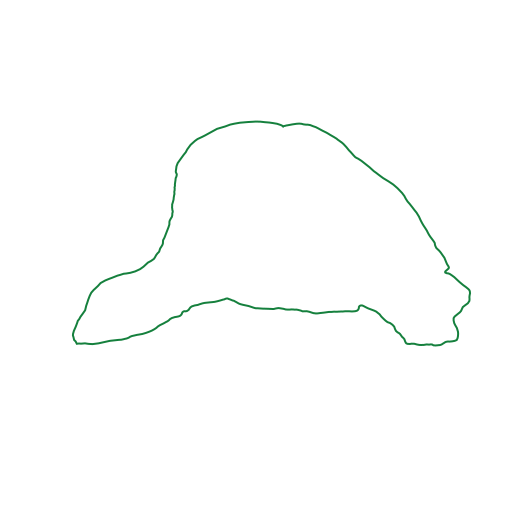 Wiang Kao, Khon Kaen, Thailand, rotated 255°
{"feature_id": "78962969B82148856985692", "entity_name": "Wiang Kao", "entity_type": "district", "adm_level": 2, "iso_a3": "THA", "parent_name": "Thailand", "parent_adm1": "Khon Kaen", "projection": "robinson", "projection_center": [102.254, 16.721], "detail": "fine", "context": "isolated", "style": "outline", "palette": "green", "viewbox_px": 512, "rotation_deg": 255, "n_neighbors": 0, "source": "geoboundaries", "source_scale": "gbopen_adm2", "svg_char_len": 6027}
<svg xmlns="http://www.w3.org/2000/svg" viewBox="0 0 512 512"><g transform="rotate(255 256 256)"><path d="M279.1,413.4L284.9,410.2L288.3,407.9L289.6,407.0L293.7,403.4L298.3,399.0L300.8,397.0L303.5,394.9L305.1,393.7L307.4,391.8L310.2,390.0L312.4,388.6L313.2,388.0L315.9,386.0L320.6,382.5L323.5,379.9L324.9,378.3L325.9,377.4L328.3,376.1L329.6,375.5L330.3,375.1L331.4,374.6L334.1,373.1L337.7,371.5L341.5,369.5L342.7,368.7L344.0,367.8L344.4,367.3L345.3,366.7L345.5,366.5L347.4,364.9L348.5,364.2L349.3,363.4L350.4,362.4L352.5,360.3L354.2,358.6L355.2,357.7L355.8,357.1L356.9,356.0L359.1,353.5L359.6,352.9L361.2,351.2L363.2,349.1L365.0,347.1L366.6,344.7L368.4,342.3L369.5,339.9L370.0,338.1L370.8,336.1L371.9,334.2L372.7,332.0L373.2,329.5L373.7,325.3L374.1,320.0L374.2,319.3L374.2,318.2L374.2,317.3L374.3,316.9L374.3,316.5L374.3,316.2L374.1,315.9L374.0,315.7L375.0,315.1L376.2,313.7L378.3,310.5L380.0,306.8L381.5,303.3L383.0,299.1L384.6,295.0L385.9,290.6L386.5,287.6L387.5,282.8L388.9,275.0L389.4,269.4L389.6,265.1L389.1,259.7L388.9,251.3L387.0,243.5L385.7,238.2L385.0,234.9L384.1,229.8L383.0,226.9L380.3,221.6L376.7,217.1L374.4,215.0L372.6,212.5L369.7,208.9L366.0,204.4L363.2,202.4L360.3,201.2L359.4,200.8L358.4,200.4L357.6,200.3L356.9,200.4L356.4,200.5L356.0,200.6L355.3,200.6L354.3,200.2L353.2,199.6L352.3,198.8L351.5,198.4L350.8,198.1L350.4,198.0L350.2,197.9L348.6,197.2L347.4,196.7L345.9,196.1L344.8,195.9L343.7,195.3L343.1,195.0L342.5,195.0L342.2,194.9L340.5,194.4L339.7,193.9L338.7,193.6L337.8,193.4L337.0,193.3L336.2,192.8L335.1,192.3L333.8,191.7L331.9,191.0L329.6,189.7L327.4,188.3L326.1,188.0L324.7,187.5L323.9,187.4L323.0,187.3L322.0,187.1L321.3,187.2L320.7,187.1L320.2,187.0L319.8,186.8L319.2,186.4L318.5,186.1L317.8,185.9L317.1,185.7L315.6,184.9L314.2,183.4L312.6,181.9L311.4,181.2L308.9,180.5L306.4,178.9L304.5,177.5L300.8,174.8L297.5,172.4L296.3,171.3L295.9,170.9L295.7,170.7L295.2,170.3L294.6,170.1L293.4,169.7L292.2,169.3L291.1,168.6L289.8,167.3L288.8,166.2L288.1,165.4L286.6,164.4L285.6,163.8L284.9,163.1L284.1,161.6L282.7,159.8L280.7,157.9L279.6,156.6L278.4,153.3L277.6,149.9L274.8,144.6L273.3,140.6L272.4,135.3L272.3,130.2L272.7,126.0L273.1,123.6L272.9,119.8L272.9,117.2L272.2,111.2L272.0,108.9L271.8,107.2L271.4,104.1L270.1,98.9L267.9,95.5L265.6,91.2L265.4,90.7L263.2,87.4L260.6,85.1L257.3,82.7L254.2,80.7L252.0,79.2L247.8,76.9L244.7,73.2L242.8,70.8L240.7,68.8L239.5,67.1L237.6,65.9L234.4,63.6L230.8,60.7L228.1,59.1L226.6,58.6L225.0,58.7L222.0,58.6L220.1,59.7L217.6,60.2L217.3,62.3L216.6,64.3L215.9,68.2L214.5,71.4L213.2,75.3L212.4,81.2L211.9,92.4L211.8,93.4L210.5,101.8L210.0,104.2L209.9,106.4L209.9,108.0L209.8,109.4L209.9,110.8L210.1,112.1L210.6,113.6L210.8,115.5L210.7,117.8L210.6,120.8L210.4,122.6L210.3,123.9L210.1,126.0L210.2,129.8L210.5,133.3L210.9,136.1L211.0,136.5L211.6,138.9L212.3,141.0L213.4,143.2L214.1,145.5L214.8,149.2L215.6,152.3L215.8,153.4L215.8,153.5L216.5,155.3L217.3,156.6L217.9,158.9L217.9,160.0L218.0,161.7L217.8,163.7L217.7,165.5L217.8,166.8L218.1,167.7L218.8,168.9L219.7,169.6L220.6,170.3L220.9,170.9L221.2,171.6L221.2,172.6L220.8,173.6L220.7,175.0L221.4,177.0L222.3,178.0L223.3,179.3L223.9,180.8L224.0,182.2L224.1,184.0L223.8,187.2L224.0,189.1L224.1,192.1L224.0,194.2L223.1,199.9L222.8,201.6L222.4,204.3L222.3,207.0L222.3,210.1L222.4,213.0L222.3,214.1L222.5,215.1L222.6,216.2L222.3,217.6L221.4,218.7L220.7,219.8L219.0,222.0L218.7,222.7L218.1,223.5L217.6,223.9L217.1,224.5L215.9,225.7L214.9,226.7L214.2,227.5L213.4,228.7L212.2,230.8L209.6,235.9L208.1,238.2L206.7,240.3L205.8,241.8L205.4,242.8L205.0,244.3L203.3,249.2L202.5,252.0L201.6,254.9L201.0,256.8L200.3,259.0L200.2,259.7L200.2,261.1L200.1,262.5L199.9,264.2L199.3,265.7L197.8,269.0L196.7,270.8L196.0,272.8L195.5,274.7L195.2,276.5L194.7,278.1L194.2,279.4L193.7,281.3L193.1,282.6L191.7,285.1L190.5,286.7L190.0,288.8L189.5,290.8L188.3,293.1L186.7,295.5L185.9,296.8L185.4,298.1L185.0,299.0L184.6,300.8L184.3,303.3L183.8,306.4L183.5,308.7L183.3,310.3L183.1,312.0L182.5,314.1L182.2,315.9L182.0,317.1L181.6,318.3L181.2,319.7L180.9,321.4L180.6,322.7L180.2,324.5L179.9,325.5L179.6,327.5L179.1,329.4L178.5,331.7L177.6,334.3L177.0,337.5L177.0,338.8L177.1,339.7L177.5,340.5L178.0,341.1L178.6,341.6L179.4,342.0L180.1,342.2L180.7,342.8L181.0,343.4L181.0,343.9L181.1,344.6L180.9,345.2L180.7,345.8L180.2,346.5L179.6,347.2L178.2,348.7L177.3,349.7L176.2,351.0L175.0,352.7L173.8,354.4L172.5,356.2L171.1,357.8L169.7,358.8L167.7,360.3L165.0,361.4L162.4,362.9L161.6,363.4L160.0,364.4L158.1,365.9L156.5,368.2L154.3,370.0L152.0,371.2L149.4,371.4L147.4,371.8L145.6,373.0L144.7,374.0L143.5,374.9L141.7,375.6L140.2,376.1L138.9,377.0L137.2,377.8L135.4,377.9L133.5,378.2L132.6,378.7L131.9,379.7L131.2,381.8L131.0,383.7L130.2,386.3L128.9,388.5L127.8,390.8L127.3,392.5L126.7,395.0L126.4,398.0L125.6,400.2L125.4,401.8L125.0,403.1L123.8,404.3L123.1,406.3L122.7,408.7L122.6,409.4L122.4,410.4L122.4,411.6L122.6,412.8L123.0,413.9L123.3,415.0L123.7,416.1L123.9,417.2L123.8,418.8L123.2,421.0L122.8,423.4L122.6,426.0L122.9,428.1L124.4,429.4L126.2,430.3L128.5,431.1L130.5,431.5L134.4,431.4L137.8,430.5L139.8,430.1L142.6,430.2L144.8,430.8L146.1,432.2L148.0,436.4L148.8,438.3L149.9,439.9L151.4,441.1L153.1,442.5L154.1,444.8L155.5,448.4L157.4,450.5L159.1,451.1L161.1,451.5L162.6,452.1L164.6,453.1L166.6,453.4L167.4,453.3L168.1,453.1L169.2,452.5L171.7,450.7L174.0,448.8L175.1,448.0L177.1,446.6L178.4,445.7L181.1,444.0L184.2,442.1L186.7,440.1L188.5,438.5L189.5,437.1L189.8,436.1L190.3,435.4L190.9,434.6L191.2,434.5L191.7,434.6L192.1,434.9L192.7,436.0L193.3,437.2L194.1,438.8L194.9,439.3L195.9,439.3L197.8,438.7L198.8,438.4L200.9,438.1L203.3,437.8L205.6,437.5L208.0,436.6L211.6,435.3L213.9,434.2L215.8,433.0L217.2,432.2L218.4,432.0L219.6,431.8L220.7,431.8L222.1,432.0L222.7,431.9L223.4,431.7L224.6,431.3L227.1,430.3L229.3,429.4L231.7,428.6L234.2,428.0L236.2,427.6L238.8,426.8L242.1,425.7L244.6,425.0L247.7,424.3L251.9,423.6L256.3,422.3L259.2,421.0L262.4,419.7L266.6,417.9L269.4,416.5L272.5,415.5L275.6,414.8L279.1,413.4Z" fill="none" stroke="#15803d" stroke-width="2"/></g></svg>